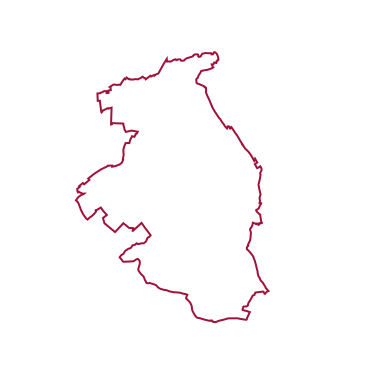 outline of Craciunesti, Mures, Romania, rotated 324°
{"feature_id": "2599482B86140675051410", "entity_name": "Craciunesti", "entity_type": "district", "adm_level": 2, "iso_a3": "ROU", "parent_name": "Romania", "parent_adm1": "Mures", "projection": "natural_earth1", "projection_center": [24.571, 46.464], "detail": "fine", "context": "isolated", "style": "outline", "palette": "rose", "viewbox_px": 384, "rotation_deg": 324, "n_neighbors": 0, "source": "geoboundaries", "source_scale": "gbopen_adm2", "svg_char_len": 5974}
<svg xmlns="http://www.w3.org/2000/svg" viewBox="0 0 384 384"><g transform="rotate(324 192 192)"><path d="M195.7,317.0L195.3,313.4L195.3,312.7L195.7,311.6L195.7,309.7L196.0,307.6L195.6,303.8L196.2,301.3L196.3,299.0L197.6,295.9L198.4,294.7L199.9,290.9L201.4,287.2L202.7,283.6L202.9,281.9L203.5,280.8L203.6,279.3L203.7,277.3L203.3,273.0L202.8,270.5L203.4,269.6L203.9,269.1L204.5,268.8L205.9,268.6L206.0,268.5L205.8,268.1L206.1,267.7L210.6,265.2L212.5,263.4L214.0,261.5L215.6,259.8L217.0,256.3L218.3,255.6L218.6,255.7L219.2,255.5L220.9,254.6L221.6,254.1L223.2,252.6L224.9,255.1L224.8,255.3L225.0,255.8L225.3,255.9L225.9,255.6L226.8,256.6L227.7,256.8L226.5,257.6L226.6,257.8L227.6,257.7L228.1,257.2L229.0,257.4L230.2,258.2L230.4,258.1L230.6,257.6L230.4,257.3L230.5,256.9L233.0,251.8L233.9,250.5L233.3,248.6L233.3,247.9L233.0,247.0L232.9,245.2L233.3,244.3L233.6,244.2L234.9,244.6L236.5,244.4L238.6,243.1L241.2,242.0L241.4,241.8L240.1,240.7L240.8,240.1L242.0,238.9L243.0,236.6L246.1,234.2L247.6,230.5L249.9,225.5L250.6,224.7L254.4,221.5L257.7,218.2L257.9,217.3L258.2,216.8L261.2,215.2L261.8,214.2L262.1,213.4L262.3,212.1L262.3,211.3L260.0,211.3L258.7,210.9L259.2,206.4L262.1,206.5L262.6,202.1L260.6,203.3L260.8,201.4L261.1,199.8L261.4,196.1L261.3,192.5L260.5,188.0L260.9,182.9L260.6,183.0L260.8,182.1L261.8,172.3L261.6,171.6L262.0,163.9L261.9,162.7L261.0,163.2L260.1,163.1L260.0,162.8L260.6,161.6L260.5,160.9L260.0,160.2L259.3,159.9L258.8,160.6L257.7,161.2L257.3,158.5L257.5,155.9L257.4,152.7L257.6,150.4L257.7,149.7L257.4,148.3L257.7,140.4L258.2,135.7L259.1,132.0L259.5,130.1L260.3,127.0L260.7,124.3L261.6,120.6L262.2,118.9L263.1,118.3L264.6,115.8L263.8,114.8L263.8,114.6L264.2,114.2L263.7,113.1L259.8,106.7L260.8,104.6L261.6,103.4L262.2,103.1L263.5,103.1L266.0,101.5L268.6,100.6L270.5,99.5L274.2,101.1L276.5,102.3L279.3,103.2L282.0,103.7L282.4,103.7L282.3,103.2L283.0,100.4L284.3,101.3L285.4,100.7L286.0,100.3L286.4,100.4L287.1,101.6L287.5,101.9L287.9,101.7L288.9,100.6L289.8,100.8L290.1,100.4L290.3,100.4L290.9,100.7L291.1,100.6L291.7,99.6L292.7,97.4L293.2,95.2L293.2,94.3L292.8,92.6L292.4,92.1L292.1,91.9L291.9,92.0L289.9,92.9L289.5,92.7L288.8,92.2L289.3,91.7L289.3,91.4L288.8,90.7L286.7,89.3L284.9,87.7L284.3,87.4L281.7,86.2L280.1,86.7L279.1,87.3L278.8,87.2L278.2,87.3L276.9,86.7L276.8,85.9L277.4,85.1L277.7,84.5L277.5,84.1L276.6,83.3L275.0,82.3L273.1,82.3L272.5,82.7L271.7,82.6L266.4,80.7L263.6,80.7L263.0,81.0L261.8,80.5L260.3,79.2L260.5,78.0L260.3,77.7L259.5,77.0L258.4,76.5L257.3,76.4L256.8,76.1L256.7,75.9L256.9,75.3L256.7,75.0L255.0,74.3L252.1,74.1L251.3,73.9L250.7,73.3L248.5,71.8L248.8,71.1L249.8,69.5L244.2,71.8L234.3,76.4L232.7,75.8L229.9,75.8L230.0,75.0L226.7,74.5L226.5,74.2L226.6,73.5L220.8,73.6L221.0,72.3L220.1,71.1L219.9,69.7L219.6,69.6L216.9,69.6L215.4,69.1L214.4,69.1L212.9,67.6L210.3,66.3L208.9,65.2L208.2,64.8L207.9,63.7L207.1,63.5L206.3,60.9L204.9,61.6L204.4,61.7L204.1,61.2L204.0,60.6L200.5,61.7L197.0,63.2L196.2,62.4L194.3,61.3L192.6,59.7L191.5,58.9L187.3,58.7L187.7,59.3L187.6,59.5L186.1,61.9L184.1,60.8L182.7,62.8L181.1,61.7L182.2,60.2L180.6,59.0L179.7,58.6L178.2,58.7L176.4,57.9L175.8,58.1L173.4,56.7L169.3,62.9L171.1,64.0L166.1,73.0L165.6,74.4L166.6,74.3L166.7,73.7L167.3,73.6L171.8,74.5L172.7,74.5L173.4,74.8L173.4,75.4L173.9,75.7L176.5,76.5L166.2,89.8L167.0,90.1L167.5,89.3L167.7,89.2L176.5,96.1L176.6,96.4L175.7,97.8L175.4,99.1L174.0,102.0L174.0,103.5L173.8,104.5L179.2,106.8L183.5,111.3L181.8,112.2L181.2,112.3L180.7,112.0L180.1,112.2L179.5,112.7L177.8,113.5L176.3,111.6L175.5,112.1L173.5,113.0L172.6,113.5L170.1,115.6L167.0,113.4L163.7,115.5L161.3,117.4L158.5,121.8L154.9,125.3L155.1,125.5L153.9,126.4L152.1,127.1L149.7,127.2L145.2,126.0L142.3,124.6L143.0,123.8L140.6,122.0L139.2,121.2L138.9,121.5L131.5,120.2L123.6,119.8L116.0,120.1L116.1,121.9L109.3,122.4L109.0,120.6L104.1,120.9L104.3,121.8L100.8,122.1L99.6,124.5L99.6,125.3L100.6,125.3L100.9,126.3L101.7,127.5L102.1,128.6L103.8,129.9L103.0,129.9L100.3,129.3L97.1,129.3L93.2,130.5L93.6,132.4L93.7,133.2L93.6,134.1L91.5,141.7L90.8,146.7L90.8,150.3L90.8,151.2L91.3,152.9L94.4,152.5L96.5,152.6L97.8,152.4L99.5,152.3L100.8,151.9L102.2,151.7L103.1,151.1L103.3,150.7L103.2,150.3L103.5,150.1L104.8,150.6L109.1,151.0L109.0,154.6L109.6,160.6L104.7,160.7L102.8,165.8L106.2,179.2L118.1,176.9L120.0,184.0L123.2,186.7L121.2,188.5L121.4,188.7L133.0,187.4L132.9,195.0L133.0,195.9L133.1,202.7L131.1,203.2L129.4,202.9L127.9,203.6L125.8,204.9L125.2,205.1L123.4,205.1L122.4,204.9L120.8,203.7L118.4,202.9L117.4,201.9L117.3,201.2L116.9,200.9L114.5,201.2L112.6,200.2L111.8,200.4L110.1,201.2L108.8,201.2L107.2,200.5L105.6,200.5L104.0,200.3L102.9,200.5L100.2,201.7L97.5,201.5L95.1,202.3L95.3,205.4L95.2,207.5L95.7,208.2L98.0,209.8L103.5,213.4L104.4,213.7L106.5,213.7L108.2,214.0L108.8,214.4L109.0,214.9L109.1,215.7L109.1,216.9L108.5,218.2L107.3,219.6L103.5,222.5L103.0,223.1L102.5,224.4L102.5,228.2L103.1,231.9L102.9,233.2L102.2,235.4L102.1,237.1L101.7,238.1L101.8,239.1L103.2,240.3L104.1,240.6L104.5,241.0L107.1,244.5L108.2,246.4L108.4,248.8L108.7,249.9L109.6,251.9L110.9,253.5L112.0,254.9L113.6,256.4L115.7,259.6L116.9,260.7L117.8,261.9L123.3,266.5L124.3,268.1L127.5,271.7L127.8,272.4L125.8,273.6L124.7,274.5L125.4,279.2L125.4,280.8L125.0,283.1L124.8,283.9L123.1,286.9L122.5,288.6L121.9,293.0L121.9,295.3L122.1,296.2L122.4,296.8L124.5,299.1L126.3,301.6L129.8,305.8L130.6,306.6L131.1,306.9L131.5,306.8L132.3,307.4L132.4,307.5L132.1,307.9L132.7,308.9L132.9,309.1L132.8,309.6L133.2,309.8L134.2,310.9L134.5,311.1L138.9,312.3L139.9,312.8L144.3,314.6L146.1,315.1L147.4,315.8L154.3,320.7L159.5,326.1L160.7,327.2L161.2,327.3L161.9,326.9L163.0,326.0L165.7,324.6L167.3,323.6L168.2,323.2L166.7,321.0L163.6,317.2L163.8,316.8L165.9,315.1L166.3,315.0L168.9,316.6L170.6,316.6L171.1,316.0L172.7,314.8L175.7,313.7L179.7,311.7L180.7,311.5L182.0,312.0L183.0,311.2L184.2,310.6L190.6,314.1L191.2,314.7L191.0,316.1L191.0,317.1L191.2,317.3L193.1,316.8L194.2,316.7L195.7,317.0Z" fill="none" stroke="#9f1239" stroke-width="2"/></g></svg>